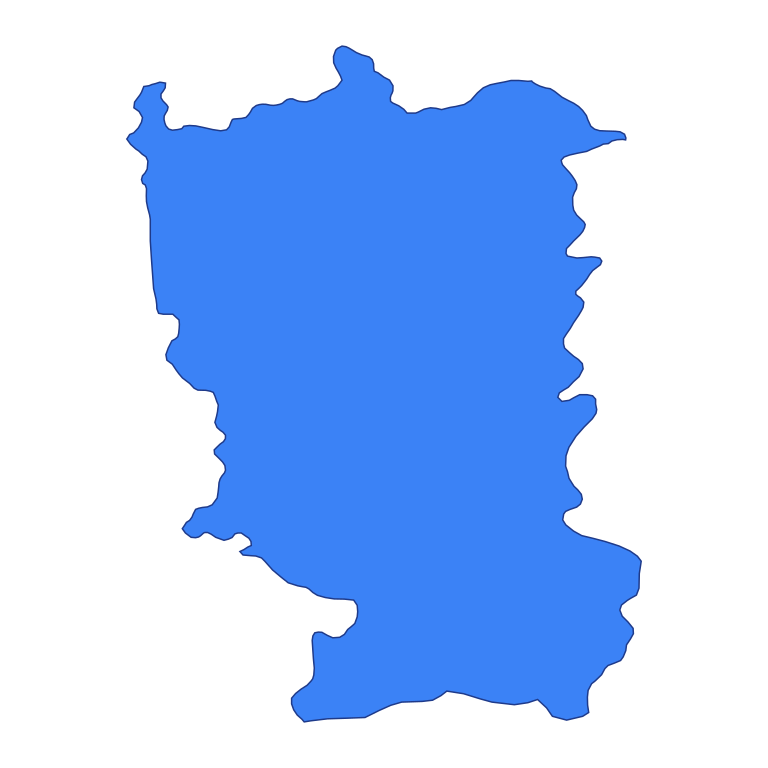 outline of Kobryn, Brest, Belarus
{"feature_id": "67162791B1192676397695", "entity_name": "Kobryn", "entity_type": "district", "adm_level": 2, "iso_a3": "BLR", "parent_name": "Belarus", "parent_adm1": "Brest", "projection": "mercator", "projection_center": [24.483, 52.154], "detail": "fine", "context": "isolated", "style": "filled", "palette": "blue", "viewbox_px": 768, "rotation_deg": 0, "n_neighbors": 0, "source": "geoboundaries", "source_scale": "gbopen_adm2", "svg_char_len": 5760}
<svg xmlns="http://www.w3.org/2000/svg" viewBox="0 0 768 768"><path d="M531.7,81.0L527.9,81.3L518.9,80.5L511.0,80.5L504.2,82.0L496.8,83.4L490.2,84.8L483.3,87.8L477.5,92.8L473.3,97.5L470.8,100.4L464.3,104.5L455.7,106.5L450.2,107.4L441.6,109.6L436.1,108.3L430.5,107.8L424.0,109.2L418.2,112.1L415.6,113.1L407.1,113.1L403.8,109.3L398.8,105.8L392.7,103.0L390.6,101.4L390.3,97.8L391.0,95.2L392.1,93.1L392.9,90.8L393.0,85.8L389.5,80.1L383.9,77.2L378.0,72.8L374.3,71.3L373.7,68.2L373.6,63.8L372.2,59.7L369.2,57.0L366.2,56.1L362.1,55.0L356.4,52.6L353.0,50.5L349.0,48.1L346.0,46.7L342.0,46.1L337.5,48.4L335.7,50.2L333.5,56.5L333.7,62.8L336.1,68.2L338.2,71.7L340.5,76.1L342.0,80.2L337.9,85.7L335.1,88.1L329.6,90.5L326.4,91.7L322.0,93.6L318.5,96.7L316.4,98.6L313.5,99.9L306.7,101.8L304.6,101.8L299.6,101.4L297.1,100.7L292.7,98.9L289.9,98.9L287.1,99.6L284.7,101.3L282.4,103.3L279.8,104.3L276.2,105.1L273.5,105.4L270.4,105.2L265.9,104.3L262.4,104.2L259.4,104.6L256.3,105.5L254.4,106.9L252.5,108.3L250.3,112.2L248.6,114.6L246.0,117.4L241.6,118.4L233.9,119.0L232.4,119.5L231.1,122.1L229.3,126.8L226.6,129.8L220.7,130.8L212.8,129.6L203.5,127.5L195.8,125.9L189.5,125.5L183.8,126.2L181.8,128.7L177.5,129.6L172.4,130.2L168.6,129.0L165.9,125.8L164.8,122.9L164.0,119.2L164.2,115.9L165.7,113.1L167.3,110.4L168.1,107.0L166.6,104.7L162.9,100.9L161.0,97.8L161.0,94.0L163.3,90.9L165.2,87.8L165.5,83.1L161.4,82.4L159.8,82.2L155.5,83.6L151.9,84.5L149.1,85.7L146.0,86.2L143.8,86.5L141.5,92.3L139.9,95.0L136.5,99.5L134.6,102.1L133.9,107.8L139.1,111.5L142.5,117.5L141.5,122.2L138.4,127.9L133.7,132.9L129.7,134.5L127.0,138.8L126.8,139.0L130.6,144.3L135.8,149.0L138.7,150.9L142.2,154.2L146.0,156.8L147.9,161.1L147.2,169.1L145.1,172.9L142.5,175.8L141.5,179.6L142.7,183.4L145.3,185.0L146.5,188.6L146.3,195.9L146.5,201.6L147.7,207.8L149.6,214.9L150.3,219.2L150.3,225.8L150.3,241.0L151.5,259.5L153.6,288.6L156.0,299.0L156.7,304.3L156.9,308.8L158.6,313.3L163.3,314.2L167.8,314.2L172.8,314.2L176.1,317.3L179.0,319.9L179.4,324.2L179.2,328.0L178.7,333.2L177.8,336.7L175.4,338.9L171.9,340.8L168.3,347.9L165.9,354.7L166.9,360.2L172.3,364.2L176.4,370.4L179.0,373.9L182.5,378.0L189.6,383.4L194.1,388.2L197.9,390.1L205.8,390.3L210.3,391.2L213.3,392.4L215.0,396.2L216.7,401.2L218.3,405.0L217.5,411.8L216.6,416.1L214.9,422.4L217.0,427.4L220.2,430.3L223.0,432.2L225.5,435.2L225.4,438.7L223.4,441.7L220.1,444.1L217.2,446.9L214.2,449.9L214.6,454.0L218.6,457.9L222.6,462.0L224.9,465.5L225.5,470.2L224.5,472.8L221.9,476.0L220.1,479.0L219.0,482.8L218.7,486.8L218.1,492.2L217.2,498.0L212.2,504.8L207.5,506.9L202.2,507.5L198.5,508.3L195.6,509.4L193.2,514.1L192.0,517.1L189.6,520.4L186.4,522.4L184.7,525.1L182.3,528.7L185.4,533.0L191.1,537.3L195.6,537.7L198.6,537.0L200.5,535.8L203.6,533.0L204.8,532.5L207.7,532.5L211.2,534.2L215.7,537.3L224.0,540.3L228.5,539.1L232.1,537.5L234.9,533.9L237.8,533.0L241.3,533.0L245.3,535.8L248.9,538.2L251.0,541.5L251.3,545.5L247.9,547.0L243.9,549.6L239.9,551.5L243.0,555.0L251.0,555.7L255.8,556.0L261.5,557.9L264.8,561.2L272.6,570.0L280.7,576.8L288.2,582.8L297.7,585.8L302.9,586.8L306.0,587.3L308.9,588.9L312.9,592.5L317.4,595.3L325.2,597.5L334.2,598.9L344.2,599.1L349.2,599.6L353.7,600.1L357.2,605.3L357.7,611.7L357.2,616.9L354.8,623.5L351.3,626.6L347.7,629.5L344.4,634.4L339.7,637.3L332.8,637.8L327.4,635.4L321.9,632.3L318.3,632.1L314.8,632.8L312.9,635.9L312.2,640.4L313.4,658.6L314.3,668.1L313.8,675.0L312.7,678.8L311.2,680.9L307.2,685.2L301.0,689.2L295.6,693.5L291.6,698.2L291.6,703.9L293.7,709.8L297.2,715.0L302.0,719.3L304.2,721.9L310.8,720.8L327.6,718.8L346.3,718.2L365.0,717.5L379.1,710.5L390.7,705.3L401.7,702.1L422.3,701.4L432.6,700.2L441.0,695.6L446.8,691.1L463.5,693.7L480.3,698.9L491.9,702.1L514.4,704.7L527.9,702.7L537.6,699.5L546.6,707.9L552.4,716.3L566.6,720.1L582.7,716.3L588.7,712.5L587.6,705.1L587.4,697.2L588.1,690.4L591.6,683.7L595.2,680.9L601.6,674.7L604.9,668.6L608.0,665.5L614.4,663.1L620.6,660.5L623.2,656.9L625.8,650.6L626.5,644.9L630.5,638.9L633.4,633.7L633.1,628.3L627.9,621.9L622.2,616.2L619.8,610.0L621.5,605.0L627.2,600.5L630.5,598.4L636.4,595.1L639.0,588.2L639.3,573.5L640.7,564.7L641.2,561.2L637.4,556.2L630.0,551.0L619.1,546.0L605.1,541.5L593.3,538.4L581.7,535.6L573.6,531.1L565.8,524.9L562.7,519.9L563.7,514.0L565.6,511.4L569.8,509.5L576.7,507.1L580.4,504.1L582.3,499.2L581.3,494.3L577.8,489.9L574.0,486.3L571.9,483.0L569.0,478.3L567.5,471.7L565.6,466.2L566.0,455.8L568.9,447.3L576.0,436.2L584.1,427.0L592.3,418.8L596.0,413.3L596.7,409.6L595.6,404.0L595.6,399.2L592.6,395.8L587.1,394.7L579.7,394.7L573.8,397.7L569.3,400.3L561.9,401.4L557.8,397.3L559.3,392.9L563.8,389.9L568.2,387.3L573.4,381.8L579.1,376.6L583.1,368.9L582.3,363.6L578.5,359.6L573.7,356.3L569.3,352.5L564.6,348.1L563.5,343.9L563.5,338.6L566.4,334.0L570.3,328.4L573.4,323.0L578.6,315.4L581.4,310.7L583.1,307.3L583.8,302.1L580.5,297.9L577.7,296.0L575.8,294.3L575.8,291.2L578.8,288.4L581.7,285.5L586.7,279.1L589.5,274.6L592.6,270.6L596.9,267.3L600.4,264.7L601.8,261.1L599.7,258.0L594.7,257.1L591.2,256.8L583.1,257.6L576.9,258.0L567.5,256.1L566.0,253.5L566.5,248.5L569.8,245.2L573.6,241.0L580.0,234.8L582.8,231.3L584.6,227.5L585.2,224.5L583.8,221.9L579.7,218.0L576.7,215.1L573.7,210.2L572.8,205.2L572.6,197.2L574.3,192.6L576.4,188.8L576.9,184.7L575.2,180.6L572.3,176.2L569.6,172.7L565.6,168.3L562.6,164.9L561.8,162.9L561.2,160.2L564.1,157.0L569.6,155.0L577.5,153.2L586.7,151.4L591.6,149.1L599.9,145.9L603.3,144.1L608.3,143.6L611.9,141.0L617.1,139.7L622.8,139.4L625.6,139.9L625.9,138.0L624.5,134.2L620.1,131.8L615.4,131.3L606.1,131.0L599.6,130.7L594.6,129.2L590.8,126.2L587.8,119.7L586.4,115.6L582.6,110.4L578.6,106.5L573.8,103.3L568.0,100.4L562.0,97.2L554.5,91.3L550.2,88.7L545.8,88.0L539.8,86.1L535.5,84.0L532.3,81.9L531.7,81.0Z" fill="#3b82f6" stroke="#1e3a8a" stroke-width="1.5"/></svg>